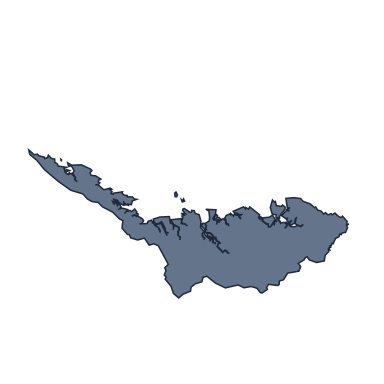 Chimán, Panama, rotated 139°
{"feature_id": "35544464B77080496682008", "entity_name": "Chimán", "entity_type": "district", "adm_level": 2, "iso_a3": "PAN", "parent_name": "Panama", "parent_adm1": "", "projection": "robinson", "projection_center": [-78.645, 8.659], "detail": "fine", "context": "isolated", "style": "filled", "palette": "slate", "viewbox_px": 384, "rotation_deg": 139, "n_neighbors": 0, "source": "geoboundaries", "source_scale": "gbopen_adm2", "svg_char_len": 6103}
<svg xmlns="http://www.w3.org/2000/svg" viewBox="0 0 384 384"><g transform="rotate(139 192 192)"><path d="M271.5,120.7L265.6,120.7L258.2,118.1L255.2,120.8L250.1,120.6L243.4,117.8L239.7,120.3L236.1,118.7L234.0,107.7L229.7,97.7L218.2,91.6L215.6,85.6L209.3,81.8L206.1,76.7L206.5,71.3L205.4,69.8L199.0,69.0L198.3,71.0L194.8,72.1L188.6,65.1L186.7,65.1L184.6,67.6L180.5,65.7L173.1,68.0L163.2,62.1L158.9,64.5L158.7,68.4L151.8,67.2L149.5,68.2L147.6,67.5L148.1,63.9L144.2,57.0L137.4,53.2L132.9,56.9L127.9,57.3L126.7,59.1L126.0,57.9L125.5,59.9L123.6,59.3L123.5,60.9L122.1,60.1L120.2,61.5L119.5,60.3L114.1,62.8L110.4,61.8L108.0,63.4L107.3,61.9L105.6,62.7L102.7,60.8L97.9,63.1L97.4,65.6L94.7,64.8L96.2,66.1L94.2,68.1L94.3,75.1L95.8,74.7L97.3,76.7L98.0,82.4L101.2,82.8L101.2,84.5L104.3,85.4L104.8,88.8L107.0,89.0L107.1,92.8L109.0,96.0L108.5,99.5L109.7,99.6L110.7,105.7L114.3,112.1L114.3,115.8L118.6,120.7L125.3,125.6L130.7,117.2L128.2,115.9L131.7,116.5L130.8,113.7L132.8,116.1L139.9,115.2L138.6,110.1L136.4,109.3L138.6,109.7L139.1,105.3L134.9,105.2L138.9,104.5L138.9,102.0L134.9,101.2L131.4,104.1L130.5,104.0L135.0,100.4L132.9,95.2L129.3,94.4L132.5,94.3L134.1,97.2L137.9,98.8L140.3,101.5L140.8,108.1L141.9,104.5L144.5,103.5L145.0,103.9L142.3,104.6L141.7,106.3L142.4,108.7L145.1,110.2L144.8,111.8L145.5,111.0L145.2,115.1L147.2,115.5L148.0,113.8L147.7,115.4L148.8,115.5L152.0,112.9L149.4,115.5L156.2,114.1L147.3,116.8L146.4,121.7L150.3,122.3L155.6,126.2L157.4,123.7L156.6,119.0L155.4,118.0L156.9,115.8L156.3,114.4L157.0,115.1L157.0,116.3L155.7,117.7L156.9,118.8L158.0,123.8L156.3,128.1L157.5,129.1L158.5,127.1L158.8,128.9L155.9,130.3L158.2,142.9L160.6,142.0L161.6,145.0L162.7,144.1L162.8,147.0L173.6,150.4L173.6,147.8L170.8,145.3L173.7,147.2L173.8,146.1L169.5,142.5L172.6,142.6L172.4,140.7L172.9,139.5L173.0,142.3L171.9,143.5L174.0,145.8L174.1,147.8L176.5,146.7L176.8,150.3L177.8,149.5L177.9,150.7L181.6,151.8L184.3,150.9L185.1,147.9L186.7,146.2L185.6,144.1L186.3,143.0L187.3,146.0L185.4,148.4L186.0,151.5L187.9,151.6L188.4,155.2L189.8,156.4L188.1,157.6L188.4,159.3L192.6,158.0L190.8,153.4L189.7,153.3L190.9,153.0L189.7,152.7L189.3,151.9L191.5,152.6L190.3,150.9L192.6,152.8L194.8,151.3L191.4,154.3L193.9,156.5L193.7,158.4L188.9,159.9L185.5,162.8L192.9,169.9L191.7,166.6L195.4,161.3L197.9,158.9L203.0,159.6L203.2,157.0L206.4,155.0L205.2,153.3L206.6,155.1L203.4,157.2L203.2,160.2L204.7,161.4L207.0,160.2L206.8,156.2L208.1,151.9L206.4,150.8L205.0,149.1L204.6,146.8L205.1,143.6L203.2,141.5L205.3,143.4L205.2,148.9L208.1,150.9L209.0,148.8L204.5,140.4L205.2,138.3L204.2,136.3L204.4,134.1L204.5,136.5L208.4,134.2L208.0,128.7L208.4,126.6L208.0,126.2L205.7,126.6L205.1,126.3L204.4,125.1L204.8,122.3L203.6,121.6L205.0,122.2L205.2,126.2L208.5,126.2L208.9,134.3L204.8,136.7L205.8,139.2L205.1,140.8L210.0,149.0L207.3,142.1L209.1,140.0L207.9,138.3L208.6,137.1L208.1,138.4L209.5,140.3L207.6,142.5L209.3,144.1L210.0,143.4L210.4,143.4L209.5,144.7L210.4,150.7L209.0,153.8L211.5,153.7L213.0,151.2L212.6,148.8L214.4,147.9L212.8,149.0L213.4,151.1L212.1,153.6L208.8,154.4L208.7,159.9L204.6,163.8L201.5,170.1L203.7,174.0L202.5,176.3L204.3,178.4L205.4,177.2L206.8,177.8L208.6,184.6L210.3,185.1L211.3,184.0L211.2,179.7L214.3,183.0L213.3,179.6L215.4,180.5L215.7,178.7L220.4,175.6L218.1,172.3L217.8,169.3L218.2,172.0L220.8,175.2L217.3,178.8L226.4,185.1L227.1,179.6L224.9,173.6L226.9,171.4L228.1,171.6L229.0,170.0L231.0,168.2L230.3,165.9L232.5,163.7L230.6,166.3L231.1,168.5L228.3,171.8L226.8,171.8L225.2,174.3L227.6,178.5L231.0,175.8L227.9,178.8L227.8,182.1L228.8,182.5L225.2,188.3L232.7,194.2L239.0,196.9L240.4,194.3L240.0,192.0L238.4,190.1L234.7,189.6L235.5,188.6L234.6,188.4L236.0,182.4L238.1,179.3L236.5,176.4L238.4,178.6L239.4,175.3L236.0,188.5L241.4,191.5L240.6,186.5L241.4,183.5L242.2,183.0L240.8,187.6L242.0,191.1L241.5,193.9L242.8,194.8L241.5,194.6L241.1,197.4L244.3,198.7L246.5,197.6L252.7,202.5L250.8,201.2L247.4,202.0L247.0,204.5L248.6,209.0L249.8,210.0L250.4,212.0L253.4,213.3L250.3,212.5L248.6,209.6L247.1,210.7L247.8,212.7L246.7,213.2L246.4,216.8L250.4,216.7L250.8,218.6L254.4,220.4L257.0,220.1L252.0,220.8L255.3,225.7L257.9,226.9L255.3,227.3L254.7,230.1L256.0,231.0L254.7,230.6L255.6,231.8L257.8,230.2L256.1,232.6L257.6,235.2L258.9,233.3L258.1,237.1L255.3,232.8L254.6,234.1L256.1,237.3L255.8,237.9L253.6,234.6L254.2,232.0L252.3,226.7L250.9,226.1L252.0,227.8L250.5,226.8L250.1,230.1L250.1,225.8L248.8,223.8L248.5,224.9L246.0,222.2L242.9,224.4L238.6,222.8L240.0,224.5L240.2,227.4L244.1,231.0L243.2,231.9L245.1,233.9L245.6,237.0L244.3,237.7L252.3,242.8L253.1,242.1L254.2,244.0L252.1,244.8L252.5,247.8L250.7,246.7L251.2,248.6L257.1,251.6L258.1,259.0L260.3,260.8L257.6,259.0L255.5,259.4L256.0,261.2L255.0,262.1L252.3,261.5L254.2,267.5L257.2,270.6L256.5,273.4L253.5,273.8L253.5,275.8L257.6,285.0L265.2,291.2L266.7,295.6L268.4,292.2L265.9,290.9L266.6,287.0L267.4,285.0L269.7,284.6L270.4,279.3L272.2,278.2L271.9,277.4L272.2,276.5L271.8,276.0L271.9,275.8L272.0,275.8L272.3,276.5L272.3,278.5L270.7,279.4L270.9,285.3L273.2,286.0L272.1,287.0L274.5,287.3L274.8,290.3L270.4,288.6L272.1,291.3L273.9,291.6L273.2,293.7L270.5,292.9L276.0,299.5L275.2,301.4L276.0,304.6L274.0,307.0L276.1,309.7L276.3,314.0L278.1,312.8L281.2,313.8L280.5,315.0L283.8,320.0L283.8,321.9L286.6,323.7L287.6,330.8L289.8,326.7L288.3,317.8L288.7,305.7L285.9,287.4L282.3,272.8L275.6,262.1L275.5,255.3L273.8,250.5L269.7,245.6L269.3,239.6L265.0,228.5L264.4,219.1L262.9,215.8L268.6,210.5L268.5,202.3L267.3,200.8L268.4,197.7L264.5,191.4L258.2,188.4L259.2,180.0L254.9,178.0L252.7,173.7L257.3,153.0L262.3,152.7L263.2,149.8L267.5,147.4L267.2,144.7L269.4,143.9L269.7,134.5L272.6,127.6L271.5,120.7ZM145.9,122.8L143.5,119.5L145.5,117.5L144.9,115.3L143.5,114.3L144.9,117.0L143.1,114.8L141.8,116.3L133.0,118.0L131.6,119.6L132.2,122.8L134.1,122.6L137.3,126.4L135.3,130.2L136.5,130.4L136.5,133.2L143.1,128.9L145.9,122.8ZM207.8,199.6L206.7,198.4L204.8,199.3L204.1,202.5L205.8,202.5L207.8,199.6ZM205.9,190.9L203.7,189.9L202.9,192.2L204.5,191.4L204.9,193.3L205.9,190.9ZM269.5,302.8L270.3,301.4L270.1,301.2L269.3,301.9L269.5,302.8Z" fill="#64748b" stroke="#1e293b" stroke-width="1.5"/></g></svg>